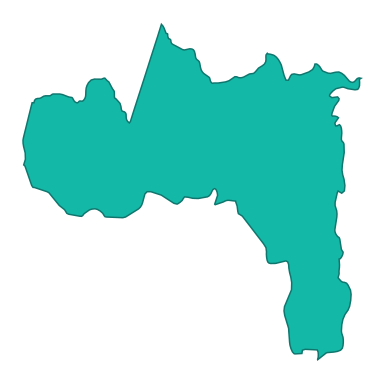 an SVG outline of Tigray
{"feature_id": "ETH-3110", "entity_name": "Tigray", "entity_type": "Administrative State", "adm_level": 1, "iso_a3": "ETH", "parent_name": "Ethiopia", "parent_adm1": "", "projection": "equal_earth", "projection_center": [38.617, 13.565], "detail": "fine", "context": "isolated", "style": "filled", "palette": "teal", "viewbox_px": 384, "rotation_deg": 0, "n_neighbors": 0, "source": "natural_earth", "source_scale": "10m", "svg_char_len": 4689}
<svg xmlns="http://www.w3.org/2000/svg" viewBox="0 0 384 384"><path d="M23.7,164.9L25.4,159.3L25.2,152.9L23.6,146.5L23.1,143.4L23.0,140.2L23.5,137.4L32.1,102.7L33.9,102.8L34.6,100.3L35.8,99.0L37.4,98.5L39.4,98.4L40.7,98.0L43.7,96.2L45.6,95.8L49.8,95.8L50.6,95.5L52.2,94.3L53.1,94.0L59.6,94.0L62.6,94.6L68.8,97.0L71.9,97.5L72.5,98.0L74.2,101.1L74.9,101.8L75.7,102.3L76.5,102.7L77.5,102.8L78.0,102.5L79.4,101.1L80.2,101.0L81.9,101.2L82.6,101.1L83.8,100.0L84.9,98.4L85.6,96.3L85.8,93.6L85.9,90.6L86.2,88.0L87.0,85.5L88.5,82.7L91.2,80.0L94.4,79.1L101.4,79.2L103.5,78.3L104.8,78.1L107.1,80.6L108.9,82.0L112.5,88.8L113.9,90.7L114.3,91.7L114.4,93.6L114.4,96.5L114.6,97.9L116.0,98.9L119.8,103.1L120.2,103.9L120.9,106.3L121.4,109.5L121.9,110.9L123.2,111.5L124.1,111.7L125.1,112.4L125.8,113.3L126.1,114.5L126.2,117.8L126.7,119.9L127.6,121.4L129.3,122.9L130.4,121.5L133.8,110.7L139.3,93.6L145.3,75.0L151.4,55.8L157.6,36.5L161.4,24.3L163.1,26.2L164.2,28.4L166.0,33.1L166.4,33.5L167.4,33.7L167.7,34.1L167.7,34.6L167.7,36.0L167.8,36.4L168.1,37.3L168.3,38.1L168.7,38.7L169.8,39.0L170.7,39.9L170.9,40.9L171.0,42.0L171.5,43.2L172.3,44.1L182.6,49.6L184.3,50.0L189.7,48.8L191.9,49.0L193.4,49.8L194.4,51.3L194.9,53.2L195.1,53.8L195.6,57.3L196.1,58.6L197.0,59.7L198.1,60.5L199.1,61.5L199.7,63.1L200.6,67.9L201.3,70.2L202.4,72.0L203.9,73.6L209.0,77.2L209.7,78.1L210.4,80.9L210.9,82.0L212.1,83.2L212.9,83.3L213.7,83.0L218.3,83.0L225.6,81.9L229.1,80.7L234.9,76.7L236.8,76.8L238.5,77.6L240.2,77.8L242.0,77.6L243.8,77.0L249.4,74.0L253.6,73.4L255.4,71.8L258.5,68.1L262.4,65.7L264.4,64.1L265.7,61.8L266.0,59.4L265.9,57.1L266.0,55.0L267.2,53.4L267.4,53.8L270.7,54.3L273.4,55.1L274.4,55.6L276.5,57.3L278.4,59.6L280.0,62.3L281.3,65.0L284.1,75.5L286.0,80.2L288.4,80.2L290.5,75.9L291.7,74.4L294.1,73.9L299.2,74.9L301.0,74.8L308.8,72.0L312.6,69.5L314.3,66.5L315.0,64.0L316.7,64.0L318.6,65.4L320.0,67.0L321.9,70.1L322.5,70.8L323.1,71.2L327.9,73.1L330.5,73.4L334.7,72.4L335.9,72.2L338.9,72.0L341.7,73.3L344.4,75.4L349.3,81.1L350.8,82.0L352.6,82.4L354.4,81.7L357.3,78.5L359.1,77.9L361.0,78.3L360.2,78.8L359.3,79.6L359.5,80.7L359.6,82.4L359.5,85.6L359.4,86.1L358.8,87.8L358.1,88.9L357.9,89.2L357.6,89.4L355.0,89.8L347.9,88.7L344.0,87.3L342.5,87.1L335.9,88.7L332.9,91.0L330.3,93.8L329.6,95.0L329.6,96.1L331.9,97.6L337.6,96.9L339.1,98.7L338.8,100.4L334.5,106.4L332.1,113.0L331.7,115.3L332.4,116.1L333.8,116.0L335.4,116.2L337.1,116.7L338.5,117.8L335.3,122.3L334.9,123.4L335.6,125.8L337.0,125.9L338.4,125.1L339.5,124.7L340.7,126.1L341.4,128.4L341.7,131.0L341.8,133.2L341.4,137.9L341.4,139.7L342.0,141.1L343.4,142.6L343.8,143.6L344.0,144.5L344.0,145.2L344.2,152.6L342.4,164.5L342.0,170.1L342.7,174.7L344.0,179.2L344.9,185.5L344.4,190.9L341.7,193.2L338.1,191.0L337.3,192.6L335.1,202.4L335.1,205.6L336.7,210.8L337.0,214.0L336.8,217.1L334.8,230.0L335.0,231.7L335.7,233.7L336.0,234.3L337.4,236.3L338.0,236.8L338.9,237.4L339.2,237.7L339.8,239.2L341.3,248.9L341.8,250.3L343.0,251.9L343.1,252.7L342.6,254.9L341.5,257.1L340.3,258.7L339.1,259.0L339.5,265.0L339.4,267.5L339.0,271.1L339.1,273.9L338.7,275.4L338.1,277.4L338.3,278.1L341.1,281.2L342.5,282.1L344.6,282.4L346.6,283.2L348.1,285.2L350.5,290.2L351.1,294.4L350.7,300.5L349.6,306.3L348.1,310.0L344.9,314.6L342.9,319.4L341.8,324.7L341.4,331.1L341.7,333.2L343.0,337.2L343.3,339.8L343.3,342.7L343.0,345.7L342.3,348.3L340.6,350.2L337.4,351.4L334.1,352.0L327.3,352.6L326.3,352.9L317.7,359.7L317.6,359.3L318.2,357.3L318.3,354.6L318.1,351.9L317.2,349.9L305.2,349.3L302.4,350.2L302.0,353.0L301.9,353.5L294.9,353.9L294.0,353.6L292.4,351.8L291.0,348.7L290.0,345.2L289.6,342.4L288.6,328.3L284.7,315.4L284.0,310.9L284.5,306.6L291.5,289.8L291.7,282.6L290.8,277.1L289.6,272.5L288.9,268.3L288.6,264.4L287.7,261.9L285.9,260.9L275.6,263.4L270.7,263.5L269.0,263.1L267.8,262.0L267.1,260.1L266.6,257.2L266.4,254.1L266.5,251.8L266.0,247.7L263.5,243.7L242.3,216.1L240.0,214.6L238.4,213.7L237.8,211.4L237.1,205.9L235.8,202.1L235.6,201.1L228.8,200.3L226.9,200.4L225.4,200.9L223.2,202.0L215.2,204.7L214.7,204.2L217.6,195.3L217.2,192.6L216.5,190.4L215.5,189.0L214.5,188.6L212.9,189.6L211.9,191.4L211.0,193.5L209.5,195.6L207.6,196.8L198.2,198.5L192.7,198.3L187.9,197.2L184.5,196.9L183.0,199.0L182.1,200.5L180.2,202.2L178.3,203.5L177.1,204.1L173.9,203.3L161.3,195.1L150.8,191.7L147.1,191.7L144.9,194.0L142.5,202.9L141.6,205.2L140.3,207.2L138.7,208.8L125.6,217.0L122.8,217.7L106.4,217.0L105.0,216.7L104.2,215.7L102.7,213.2L100.2,211.0L97.4,209.4L95.0,208.8L92.0,209.1L90.0,209.7L89.3,210.0L84.1,213.7L83.0,215.2L81.7,216.3L79.7,216.2L68.6,214.2L66.8,213.3L64.6,209.7L59.3,205.5L48.9,192.7L47.0,191.7L34.5,187.5L33.0,187.4L31.7,185.5L25.0,166.1L23.7,164.9Z" fill="#14b8a6" stroke="#0f766e" stroke-width="1.5"/></svg>